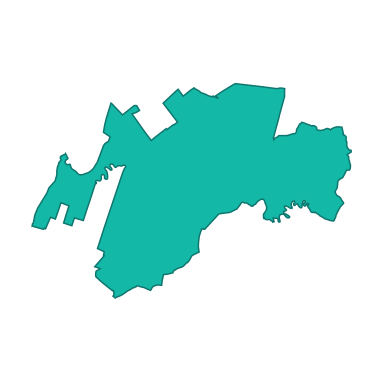 Turulung, Satu Mare, Romania (orthographic projection), rotated 9°
{"feature_id": "2599482B56288679911184", "entity_name": "Turulung", "entity_type": "district", "adm_level": 2, "iso_a3": "ROU", "parent_name": "Romania", "parent_adm1": "Satu Mare", "projection": "orthographic", "projection_center": [23.099, 47.923], "detail": "fine", "context": "isolated", "style": "filled", "palette": "teal", "viewbox_px": 384, "rotation_deg": 9, "n_neighbors": 0, "source": "geoboundaries", "source_scale": "gbopen_adm2", "svg_char_len": 6058}
<svg xmlns="http://www.w3.org/2000/svg" viewBox="0 0 384 384"><g transform="rotate(9 192 192)"><path d="M130.2,307.2L132.8,308.7L133.0,308.3L137.2,305.8L139.5,304.1L144.0,299.7L146.7,297.8L148.4,296.1L149.6,295.6L152.0,294.0L152.5,293.3L153.3,293.1L155.7,293.6L159.7,293.9L163.8,295.1L166.5,295.6L167.9,291.9L170.0,290.2L171.6,289.8L171.7,289.4L172.0,289.2L176.6,288.9L176.4,284.2L176.8,278.0L180.6,277.0L185.8,274.8L186.0,273.0L189.1,270.2L192.4,268.3L193.3,268.0L195.0,266.7L196.4,264.8L197.4,263.1L198.5,262.6L200.1,259.9L201.6,255.5L201.9,255.0L202.6,254.3L208.5,250.1L208.1,249.5L206.7,244.4L206.2,239.2L206.1,233.9L206.5,232.2L206.7,230.0L207.6,227.2L207.5,226.7L207.9,226.5L209.6,227.0L210.4,226.8L222.0,209.4L232.9,206.1L239.0,201.7L241.0,198.1L242.8,194.4L244.1,194.1L244.7,194.4L246.0,194.6L247.6,194.3L248.4,194.5L250.2,195.6L251.4,195.8L252.4,196.5L253.8,196.7L254.4,196.3L255.0,195.2L256.6,194.2L257.0,193.6L257.2,192.8L258.4,191.0L261.3,188.3L263.8,188.1L265.0,189.4L265.4,190.4L268.0,194.8L268.3,197.8L267.1,200.8L266.2,202.5L266.2,203.5L266.3,204.5L266.9,206.6L267.4,206.1L268.2,207.2L269.3,207.6L270.7,207.6L272.0,207.1L273.3,207.1L274.0,207.5L274.3,207.9L276.0,208.4L276.5,209.2L277.8,208.4L276.8,206.6L276.7,205.8L276.3,205.0L280.2,204.8L281.1,205.1L281.8,207.6L282.3,208.0L283.3,208.0L283.6,207.7L283.5,207.1L283.0,205.7L282.5,204.8L282.1,203.4L282.1,202.2L282.3,201.3L282.7,200.6L285.0,199.6L285.7,199.5L286.5,199.9L288.5,201.6L289.7,202.4L290.6,202.5L291.9,202.3L292.3,201.8L292.3,201.2L291.3,200.5L291.1,200.2L286.2,198.5L285.6,197.8L285.5,197.6L285.7,196.8L287.6,195.9L288.0,195.3L288.1,194.8L287.4,194.2L286.6,193.8L286.0,193.0L285.7,192.1L285.7,191.6L285.9,191.3L287.0,191.1L289.0,191.5L291.8,192.7L292.6,192.5L293.0,192.1L293.3,192.3L293.4,191.9L292.2,189.9L291.9,189.0L292.1,186.7L292.9,185.4L294.5,185.0L295.0,185.6L295.1,186.0L294.5,187.0L294.3,188.2L294.6,189.0L294.8,189.2L295.2,189.3L295.7,189.0L297.1,187.4L297.9,187.3L298.4,187.4L298.8,188.3L299.5,189.2L301.0,190.4L302.0,190.6L302.7,190.3L303.0,189.2L302.7,188.4L302.7,186.6L303.1,185.5L303.0,184.0L303.2,183.6L303.9,182.9L304.7,182.9L305.3,183.2L305.3,184.0L305.1,184.7L303.8,186.8L304.0,187.3L305.2,188.2L305.8,188.1L306.2,187.9L306.7,186.3L307.2,185.5L307.5,185.2L308.7,185.2L309.1,185.4L309.2,185.5L309.2,186.0L308.2,186.8L308.0,187.4L309.8,189.7L310.6,190.3L312.7,193.1L314.0,193.4L315.6,192.8L316.0,193.3L316.8,192.7L321.4,194.9L322.0,195.5L325.3,196.6L326.7,197.5L332.9,198.5L336.2,198.6L337.0,197.6L337.1,196.5L337.6,195.2L337.9,193.8L337.8,192.7L338.5,190.4L338.5,189.9L339.0,188.7L339.9,185.9L340.5,184.6L340.6,183.6L341.3,182.9L342.2,181.3L343.5,179.6L343.4,179.0L343.0,178.5L341.2,176.7L339.6,174.6L338.8,174.0L335.4,172.6L333.5,170.0L333.3,169.2L334.8,165.0L334.4,158.7L335.6,156.6L338.6,154.2L340.4,149.1L340.6,147.9L340.8,147.3L341.7,146.1L344.1,145.7L344.6,144.5L344.5,141.5L343.9,139.6L343.1,138.5L342.7,136.8L341.7,135.1L341.4,134.1L341.4,133.1L341.1,132.6L339.4,130.9L343.1,127.4L342.6,126.0L341.1,125.8L340.1,125.5L338.5,123.8L337.6,122.1L337.1,118.5L336.2,117.1L336.0,116.3L335.7,113.5L334.3,112.3L332.5,111.8L332.3,111.6L332.7,111.5L329.9,104.5L327.0,104.7L324.6,105.1L322.6,106.0L320.5,107.4L319.6,108.2L319.1,109.1L317.9,108.3L315.4,108.1L311.6,110.4L310.3,110.7L309.4,111.2L305.8,111.1L305.4,110.5L305.3,109.8L305.0,109.0L304.6,108.4L302.7,107.5L302.0,107.5L301.3,107.8L300.9,107.5L299.9,108.0L297.5,107.4L295.9,107.2L291.1,106.1L289.5,106.0L288.8,107.2L287.7,108.0L287.5,108.5L286.4,111.8L285.7,113.4L285.5,114.1L285.7,115.8L285.3,117.6L285.1,117.9L282.9,118.6L280.2,119.8L279.5,120.3L276.6,121.5L269.1,122.7L268.6,123.0L268.5,123.7L265.8,125.7L264.6,127.6L264.0,126.1L265.0,115.7L266.1,106.2L266.4,101.7L268.5,83.3L267.5,77.0L267.4,75.4L265.4,75.3L262.7,75.5L260.6,76.4L258.6,76.7L244.2,77.1L217.9,78.2L216.4,79.2L206.3,87.8L200.2,93.5L201.8,94.3L203.3,95.6L197.8,93.9L197.6,94.8L195.0,94.6L192.6,94.3L191.2,93.7L187.6,92.8L185.7,92.7L183.2,91.1L179.2,89.7L177.8,88.8L174.8,91.5L168.3,98.7L162.2,92.7L160.2,95.1L149.6,108.8L166.8,125.3L163.7,128.4L163.0,128.5L157.5,134.3L156.7,133.4L146.5,144.2L143.7,147.5L135.6,139.7L120.5,124.2L124.3,122.3L127.4,119.7L123.9,115.4L121.5,115.6L111.3,126.7L99.2,117.5L98.1,116.9L95.9,132.0L95.3,139.3L95.2,146.9L102.4,150.2L101.6,154.9L98.7,157.5L97.4,159.8L93.8,177.5L92.5,180.3L91.3,183.4L90.4,185.0L88.7,187.1L87.3,188.5L86.2,189.3L81.0,192.1L78.4,192.5L77.2,192.3L76.1,191.7L74.7,190.3L73.4,189.5L70.0,188.1L68.5,186.4L67.5,184.0L67.1,183.8L66.5,183.8L65.2,184.5L64.0,184.5L62.1,182.9L62.0,181.8L62.5,180.1L63.8,179.1L64.1,178.4L63.9,177.5L62.9,176.7L62.3,175.3L61.1,174.0L61.1,174.3L57.7,176.5L56.7,177.6L56.5,178.9L57.7,180.8L55.8,184.0L55.9,185.7L55.4,187.1L55.2,188.5L55.2,192.5L55.8,195.9L55.1,202.4L50.1,210.2L48.8,215.9L42.1,232.0L40.4,239.4L40.1,247.5L39.4,248.4L39.5,250.5L39.4,250.7L51.1,252.1L51.7,250.8L53.1,251.3L56.2,239.1L61.3,240.1L64.3,223.1L72.6,224.9L70.0,242.7L78.6,244.1L79.9,236.0L89.1,237.2L91.1,224.4L92.5,216.4L95.3,198.4L96.1,198.6L96.2,198.4L96.1,197.7L95.5,197.4L95.3,196.8L95.3,196.3L95.4,195.8L96.6,195.3L98.6,195.6L99.3,195.5L99.8,195.1L100.4,193.4L100.4,192.8L99.9,191.0L99.9,190.5L100.1,189.7L100.6,188.8L101.0,188.6L102.3,188.8L102.7,189.2L103.3,190.4L103.3,191.7L103.7,192.4L105.4,192.9L106.4,192.3L106.3,190.2L105.6,187.3L104.7,185.1L102.8,183.2L102.5,182.7L102.2,182.0L102.3,181.4L102.8,180.9L103.7,180.7L105.9,181.7L108.0,183.1L108.7,183.1L109.3,182.8L109.4,182.3L109.1,181.7L108.7,181.0L106.6,179.1L106.6,178.3L107.5,177.2L108.7,176.8L110.0,177.5L112.2,179.6L112.6,179.6L113.3,179.2L114.4,178.0L115.1,177.6L116.4,177.3L118.0,177.5L120.3,176.1L121.6,176.2L122.2,176.7L122.4,177.2L122.4,177.9L121.5,179.7L120.5,183.7L111.0,240.2L107.5,262.7L114.6,264.7L114.5,268.7L115.2,268.8L107.6,281.0L113.3,282.0L112.3,283.1L110.0,284.8L109.7,285.2L109.6,286.9L109.7,288.5L110.1,290.1L110.5,290.4L110.4,290.8L116.9,295.1L126.1,300.4L129.0,302.0L129.6,301.5L129.8,301.6L130.4,303.1L130.9,305.4L130.8,306.4L130.2,307.2Z" fill="#14b8a6" stroke="#0f766e" stroke-width="1.5"/></g></svg>